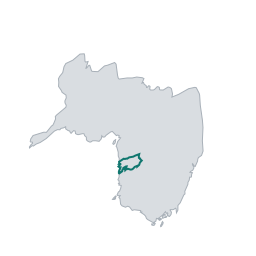 Finland, with Central Ostrobothnia highlighted, rotated 304°
{"feature_id": "FIN-3181", "entity_name": "Central Ostrobothnia", "entity_type": "Province", "adm_level": 1, "iso_a3": "FIN", "parent_name": "Finland", "parent_adm1": "", "projection": "robinson", "projection_center": [23.72, 63.644], "detail": "coarse", "context": "in_parent", "style": "outline", "palette": "teal", "viewbox_px": 256, "rotation_deg": 304, "n_neighbors": 0, "source": "natural_earth", "source_scale": "10m", "svg_char_len": 4142}
<svg xmlns="http://www.w3.org/2000/svg" viewBox="0 0 256 256"><g transform="rotate(304 128 128)"><path d="M100.8,111.5L99.4,108.4L97.6,105.8L95.6,105.0L94.9,104.0L94.6,101.9L94.9,100.2L97.1,98.6L97.4,96.4L98.6,94.7L98.0,93.6L94.6,90.4L94.2,89.4L94.0,87.6L95.9,86.0L95.4,84.4L91.8,83.8L91.9,82.9L92.9,81.2L92.4,79.9L92.4,76.9L94.2,75.6L92.1,74.5L90.1,72.6L88.4,72.5L87.3,70.5L84.3,68.7L73.5,66.1L66.9,63.3L63.4,60.9L60.1,59.6L59.8,58.4L56.4,57.5L57.1,56.9L59.8,56.9L62.0,57.4L62.8,56.7L61.9,55.0L62.1,54.5L64.6,53.5L68.7,53.5L77.4,60.5L78.8,62.8L87.0,63.5L88.0,64.1L90.2,63.9L95.0,62.9L96.9,61.3L98.7,61.5L110.5,64.9L112.3,64.1L113.4,62.0L114.3,61.1L115.7,60.4L118.4,60.0L120.6,58.2L120.7,53.4L121.7,52.0L123.6,47.2L127.3,45.0L129.9,42.8L132.6,42.5L137.4,42.9L143.0,40.7L146.7,40.4L153.3,44.3L162.5,46.9L165.0,50.2L163.9,51.5L159.2,55.1L159.0,56.1L160.8,57.7L154.0,59.7L154.5,60.2L158.1,60.5L158.6,61.2L155.0,65.8L154.9,66.6L157.9,71.6L166.3,73.8L168.7,76.0L174.8,80.3L174.3,82.4L165.8,89.9L163.9,92.0L163.6,93.3L169.0,99.3L171.9,103.6L175.1,106.7L177.7,111.8L177.9,113.6L173.0,114.5L174.4,115.4L173.3,117.0L173.3,119.3L172.0,120.8L172.3,121.2L174.6,121.5L174.9,122.5L174.7,123.1L172.3,124.3L172.1,125.5L173.5,127.6L174.6,128.4L178.4,129.1L179.0,129.6L179.2,131.2L177.5,132.7L177.5,133.3L179.2,136.0L184.4,138.3L185.0,140.0L185.0,141.1L184.8,142.1L181.1,145.9L178.2,147.1L184.1,151.1L194.5,156.3L199.1,160.7L199.6,162.0L196.6,167.5L195.3,169.0L187.3,175.2L176.0,185.4L170.3,189.9L159.0,196.8L150.9,203.1L146.4,204.3L142.8,202.9L141.1,203.3L139.4,204.2L133.7,205.2L133.5,204.2L134.6,201.5L134.1,201.5L133.1,202.8L132.6,204.3L131.6,205.0L129.2,205.3L126.9,204.1L125.8,204.2L127.0,206.0L126.9,206.5L125.7,206.4L123.1,207.8L122.5,207.8L121.7,206.6L119.0,207.9L116.4,208.1L114.9,209.1L107.3,210.5L105.2,212.1L103.7,211.7L95.2,213.1L91.7,212.7L87.8,215.3L84.8,215.6L87.9,213.0L88.0,212.1L86.4,211.6L85.2,210.7L84.1,208.8L83.5,208.7L82.5,211.1L80.4,212.0L77.9,211.9L77.6,210.9L78.0,209.9L77.7,209.7L78.0,208.9L79.3,208.9L79.7,208.5L79.7,208.0L78.6,207.5L79.6,205.8L75.2,205.4L69.7,203.6L69.0,202.1L66.4,203.2L64.0,202.0L63.6,201.3L63.1,195.5L63.3,193.9L64.7,192.0L65.2,190.0L65.2,186.5L66.0,186.5L65.1,185.3L66.4,185.0L66.6,184.6L63.7,178.9L62.0,177.6L63.4,173.5L63.2,172.6L63.0,171.5L60.9,170.2L60.1,166.6L60.7,164.5L65.0,160.8L65.2,159.4L67.6,159.3L66.5,158.0L66.2,156.4L69.6,155.8L70.9,156.3L73.9,155.7L76.6,154.5L75.6,152.3L76.9,152.2L76.5,151.7L76.6,151.1L77.6,151.4L79.4,149.8L79.4,148.6L82.4,148.0L85.8,145.6L88.9,144.3L92.2,141.8L93.6,141.7L94.3,140.1L97.9,137.7L99.2,135.7L102.5,133.4L105.8,129.5L106.2,128.4L111.2,127.0L115.7,127.4L115.6,126.4L114.9,125.8L116.8,124.8L116.3,123.3L115.2,122.6L116.4,116.9L115.0,115.8L109.7,113.9L107.6,113.7L106.4,112.3L106.9,110.6L104.1,111.9L100.8,111.5ZM73.3,206.2L76.5,206.2L77.3,207.1L75.9,207.7L75.8,208.5L76.5,209.6L75.1,209.6L74.2,208.3L72.7,207.4L73.3,206.2ZM109.9,125.1L108.0,125.7L106.4,125.3L106.4,124.2L109.1,123.5L111.9,124.3L110.5,124.5L109.9,125.1ZM62.1,155.1L62.0,156.1L63.9,155.4L64.6,155.6L64.5,156.5L63.9,156.3L62.3,157.3L61.0,156.5L60.1,155.1L62.1,155.1ZM64.2,203.2L64.0,204.0L62.1,204.1L61.3,203.3L60.9,201.9L61.7,201.3L62.1,202.0L64.2,203.2ZM71.5,206.6L70.5,206.6L69.1,205.8L69.0,205.4L69.5,205.2L69.3,204.2L70.4,204.8L71.0,205.4L70.4,205.6L71.5,206.6ZM69.3,210.0L67.9,210.6L67.4,210.5L67.5,209.4L68.4,209.0L69.7,208.9L69.3,210.0ZM66.5,210.6L65.3,210.7L64.5,210.2L65.7,209.4L66.6,209.5L66.7,210.0L66.5,210.6Z" fill="#d9dde1" stroke="#a8b0b8" stroke-width="1"/><path d="M85.5,146.2L85.5,145.7L86.6,144.9L87.4,145.0L87.7,144.5L90.9,144.0L91.2,143.8L90.6,143.4L90.7,141.6L93.7,142.0L93.9,141.8L93.2,140.6L93.8,140.6L95.0,139.5L100.1,141.6L100.6,142.8L101.8,143.8L102.1,144.5L104.3,145.4L107.2,148.4L109.1,149.4L112.6,151.9L110.8,152.6L109.3,153.8L109.5,155.1L109.0,155.4L108.7,157.6L105.9,157.2L103.7,157.9L101.3,157.3L101.9,156.9L99.5,155.3L97.2,155.0L95.8,154.4L94.9,153.3L94.1,150.6L93.3,150.2L93.1,149.6L91.5,149.3L92.1,148.8L92.0,148.3L92.9,148.8L95.4,148.3L95.1,147.9L92.3,146.5L91.6,146.9L89.9,146.8L88.9,147.4L85.5,146.2Z" fill="none" stroke="#0f766e" stroke-width="2"/></g></svg>